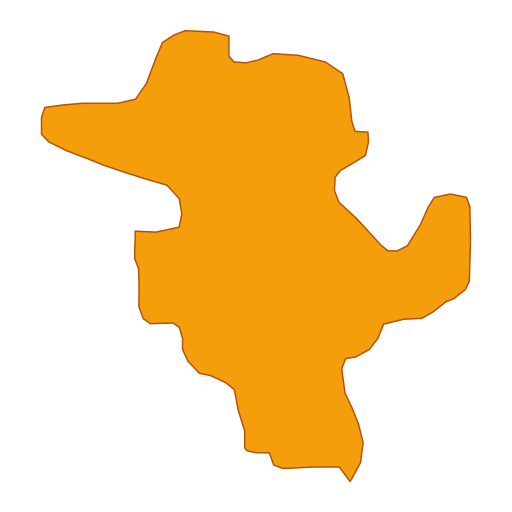 the border of Tuzla
{"feature_id": "BIH-2887", "entity_name": "Tuzla", "entity_type": "Canton", "adm_level": 1, "iso_a3": "BIH", "parent_name": "Bosnia and Herzegovina", "parent_adm1": "", "projection": "equal_earth", "projection_center": [18.577, 44.534], "detail": "fine", "context": "isolated", "style": "filled", "palette": "amber", "viewbox_px": 512, "rotation_deg": 0, "n_neighbors": 0, "source": "natural_earth", "source_scale": "10m", "svg_char_len": 1414}
<svg xmlns="http://www.w3.org/2000/svg" viewBox="0 0 512 512"><path d="M135.2,231.2L135.3,231.2L156.0,232.1L179.2,227.1L181.8,213.7L179.2,198.6L167.0,185.2L147.0,179.4L128.3,173.5L105.8,166.0L87.1,158.5L67.2,151.0L48.6,141.8L41.5,134.2L41.5,117.5L44.8,107.5L62.8,105.0L82.1,103.3L117.5,103.3L135.6,99.2L146.5,83.3L156.2,57.4L162.6,42.4L174.2,34.9L185.2,30.7L213.5,32.0L228.9,36.1L228.9,49.5L228.9,56.2L234.0,62.0L246.2,62.8L257.2,60.3L273.2,53.7L298.3,55.3L325.3,62.0L342.7,73.7L349.2,97.9L351.8,121.3L355.0,131.3L367.9,132.2L368.5,142.2L365.3,155.6L353.1,163.1L340.2,170.6L335.1,177.3L334.5,190.7L339.0,202.4L356.4,218.3L380.9,245.1L388.0,250.9L397.0,250.9L407.3,245.9L420.2,225.0L428.5,206.6L434.3,197.4L450.4,194.0L466.5,197.4L469.8,206.6L470.4,235.8L470.5,240.9L469.3,281.1L465.5,289.4L453.9,298.7L446.1,301.6L433.3,311.7L421.7,318.4L403.6,319.2L383.6,324.2L377.8,338.5L369.4,349.4L355.9,356.9L345.6,358.6L341.7,368.7L345.0,393.0L352.1,408.1L358.5,424.1L363.1,442.5L360.5,462.7L350.9,480.4L349.9,481.3L339.3,467.0L314.1,467.0L283.0,468.5L273.7,464.9L269.3,452.8L256.7,452.8L246.9,450.7L244.7,447.9L244.7,430.8L238.2,410.2L234.4,389.7L225.6,382.6L210.3,375.5L199.4,373.3L188.0,361.3L182.5,349.2L182.6,338.6L179.3,327.2L172.8,323.0L150.4,323.7L143.3,318.7L138.9,306.7L139.0,294.6L139.0,282.6L138.5,268.4L134.7,258.5L134.7,250.0L135.2,238.7L135.2,231.2Z" fill="#f59e0b" stroke="#b45309" stroke-width="1.5"/></svg>